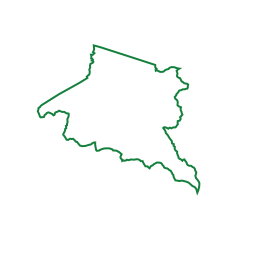 outline of Afrânio, Pernambuco, Brazil, rotated 243°
{"feature_id": "56859067B21944845436039", "entity_name": "Afrânio", "entity_type": "district", "adm_level": 2, "iso_a3": "BRA", "parent_name": "Brazil", "parent_adm1": "Pernambuco", "projection": "albers", "projection_center": [-41.058, -8.6], "detail": "fine", "context": "isolated", "style": "outline", "palette": "green", "viewbox_px": 256, "rotation_deg": 243, "n_neighbors": 0, "source": "geoboundaries", "source_scale": "gbopen_adm2", "svg_char_len": 3791}
<svg xmlns="http://www.w3.org/2000/svg" viewBox="0 0 256 256"><g transform="rotate(243 128 128)"><path d="M101.2,107.9L101.3,109.2L100.3,110.2L100.1,111.4L100.2,112.7L99.3,113.5L98.8,114.9L98.8,115.9L96.9,119.3L96.3,121.4L95.9,122.2L95.2,123.0L94.3,123.8L92.7,124.3L91.8,126.0L90.4,125.8L86.0,126.1L84.9,128.0L83.5,128.3L82.3,128.9L83.1,130.1L83.7,131.4L83.5,133.2L84.0,134.5L84.1,138.1L83.0,140.1L81.8,141.5L80.7,141.9L79.7,141.9L78.8,142.1L78.0,142.4L76.4,142.3L74.8,143.6L74.3,144.5L73.4,145.1L71.6,145.8L70.5,146.6L68.3,146.8L66.6,146.7L65.6,147.1L64.6,146.7L62.9,146.4L59.8,146.5L58.8,148.0L57.5,149.5L56.9,151.5L56.2,152.8L53.9,155.4L52.1,157.0L51.0,157.6L49.9,158.0L47.5,158.9L46.6,159.4L45.5,160.4L43.7,161.0L42.8,161.1L40.7,160.8L38.9,160.4L40.1,161.9L43.4,164.8L46.1,166.4L47.4,166.7L50.4,166.4L52.1,165.9L53.3,166.0L54.8,166.3L56.5,168.0L57.4,168.7L59.5,168.6L61.4,169.0L62.8,168.7L64.1,167.7L65.5,167.2L66.7,165.3L67.6,164.5L68.9,164.2L71.1,164.5L72.5,164.1L74.4,164.0L74.7,163.0L74.1,161.6L76.0,160.9L77.2,159.9L78.3,159.5L80.0,160.0L81.5,160.0L83.2,160.3L84.6,161.0L85.4,160.7L86.4,160.1L88.6,160.2L89.9,161.2L91.4,160.5L92.8,161.5L94.2,160.3L95.5,160.7L96.6,161.1L100.1,160.4L103.3,160.2L105.1,159.8L106.2,159.4L107.9,159.9L109.4,159.8L110.8,159.6L112.0,159.4L112.3,160.5L111.4,161.8L110.3,162.7L109.1,163.6L109.4,165.1L108.9,165.9L108.0,166.5L108.0,168.7L107.1,170.2L107.2,171.2L107.8,172.2L108.8,174.2L110.5,174.7L111.6,175.5L111.1,177.4L111.9,178.8L112.8,179.3L114.0,179.3L114.3,180.5L114.7,181.3L115.1,182.5L116.8,182.6L118.0,183.0L119.8,183.1L121.1,183.5L122.4,184.6L124.5,182.9L126.0,182.5L128.1,183.9L129.2,184.3L131.1,184.2L132.7,183.4L134.4,183.7L135.2,185.8L136.0,186.3L137.0,188.9L137.5,189.6L138.1,190.7L137.6,192.5L137.6,194.4L136.8,195.9L136.6,197.4L136.2,198.7L136.8,199.6L138.2,200.3L139.4,201.3L140.4,200.9L141.4,199.6L142.5,198.3L143.7,197.9L145.4,196.9L146.7,197.0L148.7,197.0L150.0,195.8L150.8,195.4L151.7,195.2L152.6,195.6L153.9,196.7L155.3,197.1L156.9,197.3L157.4,198.6L157.6,200.7L158.4,199.5L159.4,198.6L160.0,197.8L160.8,197.3L162.0,195.4L162.5,194.3L162.8,192.3L162.2,190.9L162.6,188.9L162.7,187.3L162.3,186.1L162.2,184.9L162.5,183.9L163.0,182.9L163.6,181.9L165.1,180.9L166.4,179.8L166.4,178.8L167.5,179.1L167.8,180.3L169.6,179.8L171.8,180.9L176.9,175.8L183.6,169.1L184.8,167.9L187.8,164.9L188.5,164.2L212.6,140.0L213.8,138.7L217.1,135.0L215.7,134.4L213.7,133.7L212.0,132.1L211.5,131.2L209.9,132.0L209.5,130.5L209.2,129.7L210.1,128.3L209.2,128.1L207.6,127.5L206.7,126.7L205.7,127.6L204.7,127.7L204.4,126.5L203.8,127.1L202.7,127.2L202.1,126.1L202.2,123.7L201.5,123.0L200.7,122.4L199.3,121.9L198.4,121.0L197.6,120.0L195.8,119.6L194.3,118.7L193.2,117.8L193.0,116.5L192.5,114.6L191.0,114.5L190.3,105.6L189.6,86.6L189.6,85.5L189.4,81.6L187.6,61.6L187.2,60.0L186.6,59.0L186.4,57.3L185.3,56.7L183.8,55.2L180.8,55.1L178.1,54.7L177.0,55.2L176.0,58.2L177.5,59.7L177.5,61.1L178.2,62.3L178.1,64.1L177.0,65.2L175.4,66.4L174.5,67.0L173.2,67.3L173.1,68.4L174.3,69.6L174.8,70.6L174.5,72.9L174.7,74.5L172.5,76.3L171.1,78.7L169.3,79.6L167.8,81.6L166.2,81.0L164.6,79.6L164.1,78.7L163.2,77.9L160.4,76.7L159.5,75.6L158.1,74.8L158.1,73.7L157.0,73.3L155.9,72.9L155.7,71.6L154.6,71.0L153.6,69.9L151.8,67.4L150.7,67.3L149.4,67.7L145.4,68.0L144.6,69.2L144.7,70.1L144.7,71.6L143.7,72.9L143.3,74.2L142.2,74.6L140.6,75.1L139.5,75.3L138.7,76.3L135.4,76.9L133.9,77.4L132.4,79.3L131.3,82.1L130.7,85.8L130.2,87.1L130.6,89.6L130.6,90.9L130.0,92.2L128.6,91.4L126.0,90.5L122.7,89.6L121.9,89.8L121.0,92.0L121.2,93.3L121.0,95.3L120.7,96.9L120.3,98.2L119.9,99.0L118.6,101.7L117.3,103.2L116.1,104.3L114.8,104.5L113.2,107.2L112.4,108.0L111.5,108.4L110.5,109.2L107.5,110.4L106.3,108.8L105.5,108.0L104.0,107.8L103.0,108.3L101.2,107.9Z" fill="none" stroke="#15803d" stroke-width="2"/></g></svg>